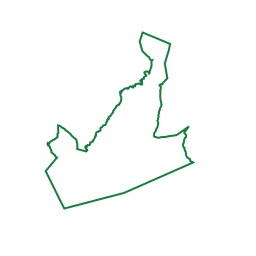 Florida, Copán, Honduras, rotated 197°
{"feature_id": "27666195B95535378381933", "entity_name": "Florida", "entity_type": "district", "adm_level": 2, "iso_a3": "HND", "parent_name": "Honduras", "parent_adm1": "Copán", "projection": "albers", "projection_center": [-88.794, 15.139], "detail": "fine", "context": "isolated", "style": "outline", "palette": "green", "viewbox_px": 256, "rotation_deg": 197, "n_neighbors": 0, "source": "geoboundaries", "source_scale": "gbopen_adm2", "svg_char_len": 5859}
<svg xmlns="http://www.w3.org/2000/svg" viewBox="0 0 256 256"><g transform="rotate(197 128 128)"><path d="M70.2,147.3L78.6,136.5L80.2,134.9L81.0,134.7L84.0,133.2L86.3,132.3L87.2,131.7L88.5,131.0L89.4,130.5L92.1,129.5L93.0,129.2L94.2,128.6L95.0,128.0L95.6,127.7L97.2,127.4L99.6,127.5L99.9,127.3L100.2,127.4L100.6,127.7L100.9,128.1L101.4,130.7L101.2,131.5L101.1,132.0L100.6,133.0L100.6,134.5L100.5,135.9L100.4,136.6L100.1,137.2L100.2,138.5L100.3,140.3L100.6,141.9L100.8,142.1L101.7,143.1L102.0,143.5L101.8,144.3L101.8,144.8L101.9,145.2L102.0,146.0L102.0,146.5L102.1,148.1L102.2,148.3L102.5,148.6L102.7,149.1L102.7,149.7L102.6,150.8L103.1,151.9L103.0,153.8L103.1,156.4L103.0,157.1L102.6,158.3L102.6,159.0L102.6,159.6L102.8,160.3L103.3,160.8L103.4,161.2L103.5,161.6L103.6,162.1L104.2,162.8L104.5,163.2L105.3,164.8L105.6,165.7L106.4,167.4L107.0,170.0L107.4,171.0L107.7,172.4L108.3,173.4L108.1,174.5L108.3,175.8L108.6,176.8L108.8,177.1L110.0,177.7L110.4,178.0L110.2,178.5L109.4,179.5L108.4,179.4L108.2,179.5L107.9,180.3L108.0,180.9L104.9,187.0L111.7,200.5L111.7,214.1L112.3,220.7L141.9,223.6L142.1,214.1L136.7,205.7L130.1,202.3L128.8,202.1L128.5,201.9L127.8,200.9L127.5,200.6L126.9,200.0L126.3,199.8L125.4,199.8L125.0,199.6L124.7,199.8L124.9,198.9L124.9,198.3L124.6,197.2L123.6,194.2L123.7,190.9L123.7,190.1L123.9,189.2L123.6,187.6L123.5,186.9L123.6,186.5L123.7,186.2L123.9,186.2L124.5,186.8L124.6,187.0L124.6,187.4L124.7,187.6L125.1,187.7L125.6,187.8L126.3,187.7L126.7,187.5L127.3,187.1L128.0,186.8L128.5,186.2L128.6,185.8L128.2,185.3L127.2,184.5L125.9,183.7L125.7,183.5L125.7,183.4L126.0,183.0L127.3,181.9L127.5,181.6L127.6,181.2L127.4,180.5L127.3,179.6L128.6,179.2L128.8,179.0L129.0,178.8L129.0,178.5L129.0,178.3L128.8,177.9L128.4,177.4L128.4,177.1L128.4,176.9L128.7,176.8L129.0,176.8L129.2,177.0L129.3,177.4L129.6,177.5L129.9,177.4L130.1,177.1L130.0,176.6L129.9,176.4L129.6,176.3L129.2,176.5L128.7,176.6L128.4,176.4L128.1,176.1L128.1,175.8L128.2,175.4L128.6,174.8L128.7,174.4L127.5,174.6L127.3,174.2L127.2,173.9L127.3,173.7L127.5,173.6L128.1,173.5L128.6,173.3L129.0,173.3L129.5,173.6L129.9,173.7L130.2,173.7L130.8,173.6L131.6,173.3L132.4,172.5L133.0,172.4L133.6,172.1L133.8,171.8L133.9,171.5L133.8,171.2L133.4,170.4L133.3,170.1L133.5,169.9L134.9,170.0L135.2,169.9L135.3,169.8L135.3,169.6L135.0,169.0L134.9,168.5L134.9,168.3L135.0,168.2L135.7,168.2L136.1,168.3L136.6,168.6L137.1,168.7L137.4,168.7L137.8,168.5L138.1,168.2L138.6,167.4L139.0,167.0L139.1,166.3L139.1,165.8L139.2,165.6L139.4,165.5L139.7,165.5L140.3,165.9L140.8,165.9L141.1,165.6L141.5,165.1L142.0,165.1L142.3,165.0L143.8,163.2L144.1,162.4L144.3,161.8L144.5,161.7L144.7,161.8L144.9,161.7L145.3,161.5L145.3,161.3L145.1,160.5L144.7,159.9L144.8,159.7L145.3,159.7L146.0,159.7L145.2,158.3L145.0,157.9L145.0,157.4L144.9,157.1L144.3,156.4L143.5,155.6L143.1,154.8L143.0,154.1L143.0,153.6L142.7,152.8L142.7,152.5L142.5,151.8L142.7,151.4L142.7,150.7L142.9,150.1L142.8,149.6L143.2,149.1L143.2,148.8L143.2,148.6L143.5,148.4L143.4,147.9L143.4,147.7L143.7,147.6L144.0,147.2L144.6,146.9L144.6,146.7L144.6,146.4L145.2,146.0L145.4,145.8L145.5,144.3L145.7,144.0L145.8,143.3L146.1,142.9L146.6,141.4L147.0,140.7L147.0,139.9L147.1,139.5L146.9,139.3L146.9,139.0L147.2,137.6L147.7,136.6L148.0,135.3L148.4,134.7L148.4,134.0L149.3,133.3L149.5,133.0L149.6,132.5L149.5,132.1L149.0,131.1L149.0,130.9L149.1,130.7L149.8,130.9L150.0,130.8L149.9,130.1L150.3,129.3L150.2,129.0L150.0,128.7L149.9,128.3L150.0,127.9L150.3,127.4L150.3,125.4L150.6,124.7L150.9,124.1L151.6,123.8L152.0,123.3L152.3,123.2L152.5,123.0L152.6,122.8L152.9,121.8L153.0,121.4L153.3,121.0L153.9,120.6L154.3,120.0L154.3,119.7L154.1,119.3L153.9,118.9L153.7,117.5L153.8,117.1L154.4,116.9L154.8,116.7L155.0,116.4L155.0,116.1L155.2,115.8L156.1,115.5L156.3,115.3L156.4,115.0L156.9,114.4L156.9,113.8L157.0,113.4L157.0,112.9L156.9,112.6L156.5,112.0L156.4,111.4L156.4,110.8L156.5,110.6L157.0,110.5L156.9,109.7L157.0,108.1L157.5,106.4L157.6,105.8L157.7,104.9L157.8,104.9L158.0,105.1L158.1,104.8L158.3,104.5L159.1,103.7L159.4,103.3L159.6,103.2L159.5,102.7L159.8,102.5L159.5,101.8L159.5,101.6L159.7,100.9L160.0,100.3L160.3,100.1L160.5,100.0L161.6,100.0L161.7,99.8L161.5,99.7L162.0,99.3L162.1,99.2L162.0,98.5L162.5,98.6L162.9,98.6L163.2,98.4L163.3,98.2L163.3,97.8L162.9,97.2L162.9,96.8L163.0,96.6L162.9,96.5L162.0,96.3L161.9,96.0L161.7,95.9L161.8,95.6L161.5,95.2L161.3,95.3L160.9,95.4L160.7,95.3L160.6,95.2L160.5,94.8L160.6,94.3L161.0,93.4L170.4,93.0L170.8,94.7L171.5,96.7L171.8,97.8L172.6,99.2L173.4,100.6L173.5,100.9L173.5,101.0L174.0,101.6L174.6,102.0L175.3,102.4L176.3,102.7L177.4,103.1L179.6,104.2L181.2,105.4L181.6,105.5L183.8,106.6L184.5,106.9L185.7,107.1L186.6,107.4L188.3,108.5L190.2,109.0L191.6,109.2L192.5,109.7L193.4,110.0L194.2,110.1L195.6,110.0L193.2,102.9L193.7,101.8L193.7,101.5L193.6,101.1L193.1,100.2L193.1,99.5L192.8,98.9L192.7,98.6L192.8,98.5L193.1,98.3L193.4,98.0L193.6,97.3L194.3,96.7L194.9,95.5L195.3,95.3L195.9,95.1L196.3,94.8L196.7,93.9L197.0,93.3L198.1,92.5L198.3,92.2L198.6,91.7L198.6,90.9L198.8,90.3L199.1,90.1L199.3,90.1L200.3,90.3L200.4,89.4L200.1,88.8L199.9,88.6L199.7,88.4L199.4,87.9L199.2,87.9L198.9,88.3L198.6,88.3L198.5,88.2L198.0,87.5L197.0,87.0L196.8,86.6L196.8,86.2L196.3,85.8L195.0,84.4L194.6,84.0L194.3,82.8L194.1,82.3L193.8,82.2L193.4,82.2L193.1,82.0L191.6,81.3L191.3,81.1L189.7,80.5L189.5,80.3L189.3,79.8L189.0,79.4L188.7,79.3L187.9,79.2L187.5,78.9L187.3,78.9L194.1,62.7L170.3,37.4L165.4,32.4L112.9,64.7L55.6,114.1L56.4,114.4L57.8,114.4L58.6,114.6L59.1,115.3L59.5,116.3L59.8,116.4L61.8,116.8L63.1,117.4L64.1,118.5L64.9,119.8L65.4,121.1L66.1,122.5L66.8,122.8L67.4,123.5L67.7,124.4L67.9,125.3L68.7,125.5L69.1,125.7L70.1,127.2L70.8,128.2L70.8,128.5L70.5,129.5L70.4,130.1L70.7,132.0L70.8,134.7L70.5,135.4L69.9,136.0L69.9,136.7L70.4,138.3L71.1,138.9L72.4,139.4L72.9,140.0L70.2,147.3Z" fill="none" stroke="#15803d" stroke-width="2"/></g></svg>